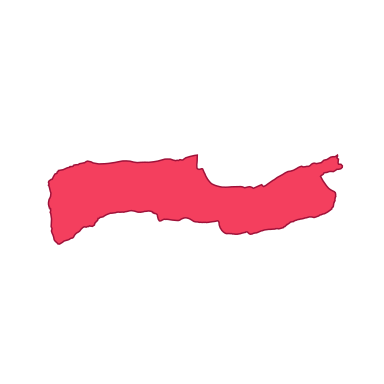 Parklai, Xaignabouri, Laos (Albers equal-area conic projection), rotated 55°
{"feature_id": "54806243B45153092091690", "entity_name": "Parklai", "entity_type": "district", "adm_level": 2, "iso_a3": "LAO", "parent_name": "Laos", "parent_adm1": "Xaignabouri", "projection": "albers", "projection_center": [101.569, 18.46], "detail": "fine", "context": "isolated", "style": "filled", "palette": "rose", "viewbox_px": 384, "rotation_deg": 55, "n_neighbors": 0, "source": "geoboundaries", "source_scale": "gbopen_adm2", "svg_char_len": 5988}
<svg xmlns="http://www.w3.org/2000/svg" viewBox="0 0 384 384"><g transform="rotate(55 192 192)"><path d="M163.1,293.2L163.0,291.8L163.1,290.9L161.7,289.4L161.8,288.7L161.3,287.4L161.1,287.0L161.3,286.2L160.9,285.3L160.7,285.1L160.4,285.0L160.2,284.3L159.9,284.1L160.1,283.9L160.2,283.7L160.2,283.2L160.2,282.4L160.0,282.0L160.9,280.1L161.4,278.6L161.3,277.9L161.3,277.4L161.6,274.6L161.9,273.8L161.9,273.4L162.6,270.9L163.2,270.1L163.8,269.0L165.1,266.5L165.4,265.4L166.0,264.1L167.1,262.8L168.5,260.5L169.4,259.4L169.9,257.9L170.5,256.8L171.7,253.7L172.5,252.3L174.6,250.1L177.2,248.1L178.0,247.2L178.5,246.4L179.1,245.7L179.3,245.2L180.2,243.4L180.6,242.1L181.7,240.3L182.5,238.6L183.8,237.1L185.1,236.0L185.7,235.9L186.1,236.1L186.4,235.9L186.4,235.6L186.6,235.4L186.8,235.3L187.1,235.6L188.1,235.0L188.2,234.7L188.5,234.5L189.1,234.0L189.9,233.6L190.8,233.5L191.2,233.7L191.9,234.1L194.3,235.0L194.8,235.2L196.5,235.3L196.8,235.3L197.3,235.0L197.4,234.8L197.9,233.4L197.9,232.7L198.2,230.8L198.5,230.2L198.7,229.9L199.0,229.7L199.9,228.3L200.8,227.2L203.6,224.3L206.6,220.8L207.6,219.4L208.0,218.2L208.0,216.3L208.5,214.2L208.8,213.2L209.6,211.8L210.3,211.1L211.7,209.9L212.9,209.2L214.6,208.4L217.1,207.4L218.3,206.4L220.0,204.3L221.0,203.5L221.6,202.5L222.3,201.7L223.0,200.8L223.5,199.9L224.2,199.0L224.6,198.3L225.4,197.5L225.9,196.5L226.4,195.7L227.0,194.2L227.4,193.7L227.6,193.1L228.8,190.9L229.6,189.3L230.0,188.0L230.4,187.4L231.3,187.2L232.4,187.3L233.9,188.2L234.7,188.6L235.2,188.8L237.8,189.5L238.2,189.4L238.7,189.5L239.6,189.5L240.4,189.6L242.8,189.2L244.9,188.4L245.4,188.0L245.8,187.6L246.2,187.3L246.3,187.0L246.6,186.4L248.3,184.2L248.9,183.3L249.7,182.8L250.4,181.7L251.3,180.9L252.6,179.0L253.9,176.2L254.4,174.5L254.8,173.6L255.1,172.6L255.6,171.8L255.7,171.4L255.6,170.9L256.1,169.9L256.8,169.5L257.9,169.3L258.9,169.1L259.5,168.8L260.2,168.2L260.8,166.8L261.0,166.4L261.0,165.6L261.2,165.2L261.7,163.9L262.4,162.7L262.7,161.7L263.6,157.4L264.0,156.8L264.0,156.5L264.4,155.4L264.6,154.5L266.2,151.4L266.7,150.4L267.4,149.5L268.9,146.9L270.0,145.2L269.9,144.9L269.9,144.7L270.8,143.3L271.5,142.4L271.9,142.2L272.3,141.2L273.3,138.3L273.6,137.5L273.3,137.1L273.3,136.5L273.4,136.0L273.6,135.8L273.3,133.9L273.0,132.9L273.4,132.5L273.3,132.1L273.3,130.9L273.3,129.5L273.1,129.0L273.1,128.6L273.5,127.8L273.6,127.2L273.9,126.8L274.4,125.9L274.5,125.6L274.3,125.1L274.3,124.5L275.0,122.5L275.2,121.3L275.5,120.9L275.7,120.1L276.1,119.6L276.2,119.4L276.2,118.9L277.0,117.5L277.2,116.9L277.5,116.4L277.6,115.9L277.8,115.5L278.0,114.5L278.8,112.9L279.8,109.9L280.2,109.5L280.5,109.1L280.8,108.6L281.1,108.3L281.9,107.5L282.9,106.7L283.3,105.4L283.5,105.0L283.8,103.6L284.3,102.0L284.2,100.4L284.7,99.5L285.1,97.3L285.6,96.4L285.9,95.3L285.9,94.8L286.1,93.4L286.2,91.8L286.1,88.4L286.0,88.0L286.0,87.3L285.8,87.3L285.7,87.1L285.2,86.1L285.1,85.6L285.2,85.1L284.5,84.1L284.0,83.8L283.5,83.2L282.4,82.2L282.2,81.6L281.8,81.4L281.4,80.3L281.2,79.9L280.8,79.6L280.4,79.5L279.3,78.4L278.7,77.9L278.4,77.6L278.3,77.0L278.0,76.7L277.3,76.4L276.2,75.6L274.7,75.0L273.3,75.3L270.7,76.7L268.6,77.6L267.5,77.9L266.3,78.1L264.0,78.3L257.9,78.3L253.7,77.8L252.9,77.8L252.7,77.0L252.7,74.2L252.1,73.2L252.4,72.0L253.3,70.4L254.0,67.7L254.9,66.3L256.4,64.5L256.6,61.4L256.5,60.4L257.4,59.1L258.3,56.8L258.0,54.8L256.8,53.8L254.7,54.1L253.3,56.0L252.0,55.7L250.8,54.7L249.1,53.2L248.4,53.5L247.2,53.7L246.7,53.3L246.6,52.8L246.0,52.1L245.7,51.9L245.2,51.7L245.2,54.1L244.8,55.1L243.9,56.3L243.0,58.4L242.8,62.8L241.6,65.8L242.1,69.3L240.2,73.7L238.4,75.4L237.8,77.1L237.8,78.4L238.1,80.1L237.9,81.8L236.8,83.3L236.2,84.9L235.1,86.7L233.8,87.4L233.3,88.9L232.9,91.0L232.8,93.0L232.4,96.4L231.5,99.2L230.3,101.6L229.8,104.6L229.7,107.6L229.0,113.8L229.1,117.5L228.9,119.4L228.9,122.1L228.9,125.6L229.0,127.4L228.7,130.1L227.3,130.7L226.0,130.7L225.6,132.2L224.2,139.6L222.5,140.3L220.8,141.6L219.9,143.4L218.8,146.4L216.8,147.7L215.6,148.9L210.4,156.7L209.1,159.0L207.2,162.0L206.6,162.7L205.3,164.5L203.7,166.1L201.5,168.0L199.8,169.3L197.3,170.8L196.2,171.3L194.7,171.6L192.9,171.8L190.6,171.9L186.9,171.6L184.3,171.0L183.1,170.9L179.9,170.2L179.1,170.1L178.5,170.7L178.2,171.6L177.5,173.3L176.4,174.1L175.7,174.3L174.6,173.9L172.2,172.3L171.1,171.3L169.4,169.9L164.8,166.5L163.5,169.0L161.8,173.2L160.4,177.5L160.4,179.9L160.5,181.2L159.7,182.3L158.6,183.3L158.5,183.7L158.5,184.8L158.3,185.2L157.7,185.7L157.3,186.4L157.0,187.3L156.7,187.7L155.6,188.6L155.4,188.9L152.7,190.8L151.0,193.1L149.5,195.4L147.1,202.2L145.1,206.4L142.9,210.4L140.6,213.5L138.3,217.0L136.5,220.0L134.0,222.7L131.3,225.0L128.7,228.2L126.7,231.2L124.5,236.1L123.6,238.2L120.8,243.8L118.9,247.1L115.6,252.2L111.5,256.3L109.4,257.4L106.8,259.8L106.4,261.2L106.4,263.3L106.1,263.8L105.1,266.2L104.4,267.6L104.2,268.4L104.4,268.9L104.4,269.4L103.2,271.3L102.4,273.0L102.2,273.7L102.5,274.3L102.6,274.5L102.7,274.9L102.3,275.7L101.2,277.3L101.2,277.6L101.6,278.0L101.0,279.4L100.6,280.5L99.8,284.8L97.8,289.1L98.3,289.5L98.3,290.6L98.4,291.1L99.2,292.0L98.8,293.5L98.7,294.1L100.1,297.0L101.3,299.0L101.3,299.5L101.0,299.8L100.9,300.0L101.0,300.8L100.9,301.9L101.0,302.9L101.6,303.9L102.1,304.2L103.0,304.3L103.7,304.9L104.1,305.4L104.1,305.7L104.9,305.7L106.0,306.0L110.0,307.6L112.0,308.2L114.5,310.4L115.4,311.8L116.1,313.3L118.1,315.4L119.7,316.6L121.7,317.4L121.8,317.3L122.4,317.4L123.1,318.0L124.1,317.5L124.3,317.5L124.2,317.8L124.4,318.0L124.7,318.0L125.0,317.8L125.5,318.0L126.4,318.6L126.7,319.1L127.6,320.0L128.3,319.9L133.5,322.5L137.5,325.6L139.5,327.2L141.8,327.7L143.3,329.5L145.5,330.2L147.3,330.5L149.6,331.2L152.1,332.3L153.8,332.3L156.9,331.6L157.7,331.6L158.7,330.3L158.9,327.1L158.8,324.8L160.1,321.1L160.4,319.9L160.4,318.2L160.8,316.9L161.2,316.2L161.0,314.9L160.1,313.2L159.6,311.6L159.4,310.0L159.6,308.4L159.6,306.5L158.8,304.0L158.5,301.7L158.7,300.2L160.1,298.8L160.4,297.3L161.0,296.5L160.9,295.4L161.6,294.9L163.1,293.2Z" fill="#f43f5e" stroke="#9f1239" stroke-width="1.5"/></g></svg>